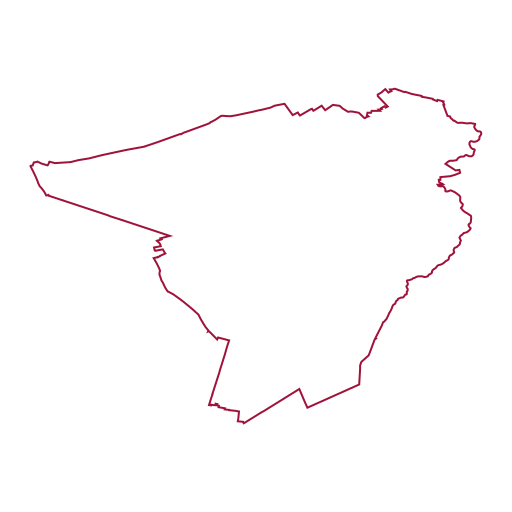 outline of Achtkarspelen, Friesland, Netherlands
{"feature_id": "6326949B91154833232060", "entity_name": "Achtkarspelen", "entity_type": "district", "adm_level": 2, "iso_a3": "NLD", "parent_name": "Netherlands", "parent_adm1": "Friesland", "projection": "robinson", "projection_center": [6.159, 53.208], "detail": "fine", "context": "isolated", "style": "outline", "palette": "rose", "viewbox_px": 512, "rotation_deg": 0, "n_neighbors": 0, "source": "geoboundaries", "source_scale": "gbopen_adm2", "svg_char_len": 5954}
<svg xmlns="http://www.w3.org/2000/svg" viewBox="0 0 512 512"><path d="M209.0,405.1L211.1,405.4L211.3,404.7L213.4,405.1L215.2,405.2L215.6,403.7L217.4,404.1L217.1,405.4L218.9,405.8L218.6,407.2L225.0,408.3L224.7,409.4L229.2,409.9L229.2,410.2L235.3,410.8L239.0,411.5L238.3,418.6L237.8,421.3L243.1,421.8L243.1,422.3L243.8,423.3L261.8,412.1L263.3,411.4L272.3,405.8L299.3,389.0L305.0,402.4L307.4,407.7L359.2,384.5L360.1,369.0L360.1,365.7L360.4,364.5L361.3,362.1L361.8,361.5L367.7,356.2L368.3,355.8L368.9,354.9L374.7,339.4L375.5,339.0L375.9,338.6L375.6,338.5L375.4,338.1L381.9,325.4L382.5,323.8L383.0,322.3L383.9,321.8L384.6,321.2L385.6,319.9L386.3,319.3L388.1,315.8L389.3,312.8L390.0,311.9L391.4,309.3L392.6,306.0L392.9,305.4L393.7,304.6L395.2,303.7L395.4,303.3L395.6,302.3L396.1,301.2L396.7,300.6L397.5,300.1L397.8,299.2L398.1,298.8L401.0,297.6L402.7,297.5L403.2,297.3L403.9,296.6L405.0,294.9L405.4,294.6L406.3,294.5L406.7,294.2L406.8,293.1L406.8,291.9L407.0,291.4L407.6,290.7L407.7,289.2L407.6,288.7L406.9,287.9L406.4,286.4L407.6,284.9L407.9,284.1L407.8,283.4L407.3,282.3L407.0,281.3L406.9,280.9L407.0,280.6L407.5,280.3L408.9,280.2L411.9,279.3L413.2,278.2L414.8,277.8L416.5,276.8L418.9,276.3L421.0,276.3L422.3,276.4L424.0,276.9L425.2,277.0L427.6,276.4L428.0,276.1L428.5,275.1L429.0,274.6L430.8,273.7L431.7,273.0L431.9,272.6L432.0,271.4L432.6,270.2L433.4,269.5L435.7,268.0L436.9,266.4L437.5,265.7L438.6,265.1L440.4,264.7L442.2,264.0L444.4,262.4L445.6,261.2L447.8,260.1L448.7,259.1L448.9,257.4L449.9,255.6L451.9,254.6L454.1,252.6L454.2,252.2L453.7,250.9L453.6,249.9L454.5,248.0L455.0,247.7L456.7,247.1L459.3,244.7L459.8,244.1L459.9,243.8L460.0,242.4L460.9,240.5L459.5,237.9L459.5,237.4L459.7,237.1L460.9,235.5L462.3,234.6L463.6,233.2L463.9,233.0L466.1,232.5L467.7,231.7L469.6,230.0L470.5,228.7L470.6,228.4L470.5,228.0L469.7,227.3L469.1,226.4L468.7,225.7L468.5,224.9L468.8,224.2L470.1,223.4L470.8,222.1L471.2,217.7L471.0,216.1L470.7,215.6L469.5,214.9L467.5,213.5L465.2,212.2L463.3,210.8L460.9,208.0L461.1,207.6L462.0,206.8L462.4,206.1L462.6,205.4L462.8,204.3L462.6,203.9L461.1,202.6L460.3,201.3L460.1,200.5L460.3,197.3L460.1,196.6L459.6,195.9L458.8,195.1L455.3,192.5L453.2,191.4L450.9,190.4L450.4,190.4L448.1,191.3L446.6,191.5L445.8,191.4L445.3,190.9L445.4,189.6L445.2,188.9L444.4,187.5L443.6,186.6L442.7,186.2L440.7,186.4L439.2,186.2L438.4,185.9L437.7,184.7L442.9,184.2L442.3,183.7L440.9,183.3L439.0,181.9L438.8,179.8L440.4,179.8L440.4,177.1L450.2,176.2L455.1,174.8L460.1,172.8L459.4,169.9L455.6,170.4L445.5,163.9L446.7,162.9L447.4,162.2L449.0,161.1L450.4,160.7L452.7,160.8L456.4,160.2L456.9,159.9L457.4,159.0L457.9,158.3L459.1,157.4L460.1,156.9L461.2,156.6L462.9,156.6L463.9,156.4L464.4,156.1L465.0,155.5L465.9,155.0L466.9,155.1L468.4,156.0L469.8,156.3L471.3,156.3L472.0,156.0L472.8,155.5L473.6,154.2L473.9,152.1L474.4,151.0L474.7,150.5L474.7,149.8L474.5,149.5L474.0,149.2L472.6,149.0L471.5,148.1L470.8,147.4L470.4,146.8L470.1,145.7L469.5,144.6L469.4,143.9L469.5,142.8L470.1,141.7L470.7,141.2L471.5,141.2L473.4,141.8L475.2,141.7L477.0,141.1L478.8,139.8L479.2,139.3L479.4,138.9L479.5,136.7L480.7,135.1L481.0,134.5L481.3,133.3L480.9,132.2L480.6,131.8L480.1,131.5L479.4,131.4L478.3,131.4L477.8,131.2L476.6,130.5L475.5,129.3L474.3,127.4L474.3,126.2L474.7,125.8L474.9,124.6L475.2,124.2L475.1,123.9L470.6,123.1L466.8,123.4L461.9,122.7L458.0,122.9L457.0,122.5L454.2,120.6L453.5,120.7L451.9,119.0L450.7,118.2L450.1,116.5L447.5,115.9L443.4,105.0L444.3,104.7L444.1,104.2L442.9,102.0L443.6,101.6L443.6,101.4L437.6,99.9L437.1,101.1L432.8,99.4L432.7,98.8L425.6,97.4L422.8,97.0L421.9,96.8L422.0,96.3L421.3,96.0L421.3,95.9L420.2,95.6L415.8,94.8L411.6,93.9L405.2,91.8L404.3,92.1L397.7,89.7L397.7,89.8L394.8,88.7L392.4,89.4L391.2,89.4L390.0,89.5L391.3,91.2L389.7,91.8L388.4,92.6L385.3,89.1L382.0,91.9L381.9,92.2L377.7,94.6L377.8,96.1L387.7,106.5L385.7,107.6L384.4,106.3L381.1,108.2L381.8,109.0L380.3,109.5L378.7,109.6L379.9,110.8L373.3,110.9L371.8,110.8L371.6,110.9L371.0,112.8L367.5,112.7L366.8,116.0L368.2,116.1L368.5,116.4L367.6,116.6L366.9,116.9L364.9,118.1L364.3,118.0L358.9,112.8L352.0,111.5L349.7,111.5L348.1,111.8L347.7,111.6L342.8,108.6L339.6,105.8L332.9,104.9L325.2,110.2L321.6,105.7L313.4,110.8L313.2,110.7L312.0,108.8L311.0,109.1L300.0,115.5L299.8,115.5L297.8,112.5L292.7,115.1L284.5,103.8L274.6,105.7L270.6,107.6L260.8,110.0L259.7,110.1L253.1,111.7L236.2,115.3L230.6,116.2L226.6,116.1L223.4,115.8L221.1,115.9L215.0,120.0L211.7,121.7L210.6,122.1L209.7,123.1L206.3,124.5L183.5,132.8L180.9,134.3L180.2,134.0L157.7,142.1L145.8,146.1L145.3,146.4L145.0,146.3L144.8,146.5L143.0,146.9L126.4,149.9L102.1,155.1L89.1,158.4L78.5,160.1L70.6,162.1L54.8,163.1L49.6,161.7L49.3,161.8L49.1,162.1L48.8,163.3L48.2,164.5L47.6,165.3L47.3,165.3L41.3,163.5L39.2,162.4L38.1,162.1L37.6,161.6L35.1,162.3L34.0,162.3L33.7,162.7L33.6,163.0L32.7,165.5L31.0,165.7L30.9,166.6L30.7,166.6L33.2,171.5L35.4,176.1L37.7,181.5L38.2,183.2L39.0,184.7L39.4,185.7L39.7,186.2L41.2,187.8L44.2,191.7L45.6,194.2L45.9,195.0L46.3,195.5L48.4,194.9L48.6,195.7L108.6,215.5L109.0,215.8L110.9,216.5L126.4,221.5L169.8,235.9L160.2,238.4L160.3,238.7L160.5,238.8L161.5,238.6L161.8,239.3L160.3,239.8L157.3,240.6L157.3,240.8L157.0,240.9L159.2,242.8L159.7,243.5L160.5,244.9L160.4,245.5L160.7,246.2L154.0,247.5L154.7,250.2L155.1,250.3L155.3,250.8L162.8,249.4L164.8,252.8L165.3,253.5L160.0,255.9L160.0,256.1L157.7,257.3L157.5,257.0L156.6,257.4L153.7,258.1L156.9,263.7L159.2,268.4L159.6,269.6L160.0,270.5L160.1,270.8L159.7,271.9L159.5,273.0L159.5,274.7L160.5,277.4L161.4,280.3L161.5,280.6L162.7,282.4L165.1,287.4L166.5,289.7L167.8,291.6L168.6,291.8L173.4,294.4L180.5,299.5L184.1,302.3L191.9,308.7L198.0,314.2L198.8,315.2L198.9,315.5L200.5,318.7L201.8,321.0L202.7,322.3L202.9,322.9L205.7,327.2L208.5,330.7L208.2,331.4L208.4,331.3L209.5,331.7L217.2,339.5L218.1,337.5L229.1,340.4L227.1,346.5L224.8,354.6L220.0,369.9L219.1,373.2L212.3,394.3L212.5,394.4L211.5,397.1L209.0,405.1Z" fill="none" stroke="#9f1239" stroke-width="2"/></svg>